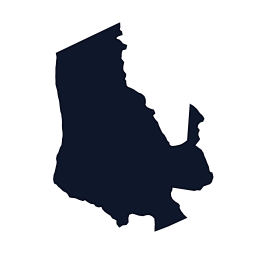 the district of Aguiar, Paraíba, Brazil, rotated 264°
{"feature_id": "56859067B16388053496765", "entity_name": "Aguiar", "entity_type": "district", "adm_level": 2, "iso_a3": "BRA", "parent_name": "Brazil", "parent_adm1": "Paraíba", "projection": "natural_earth1", "projection_center": [-38.219, -7.086], "detail": "fine", "context": "isolated", "style": "filled", "palette": "ink", "viewbox_px": 256, "rotation_deg": 264, "n_neighbors": 0, "source": "geoboundaries", "source_scale": "gbopen_adm2", "svg_char_len": 2419}
<svg xmlns="http://www.w3.org/2000/svg" viewBox="0 0 256 256"><g transform="rotate(264 128 128)"><path d="M209.7,64.8L205.7,65.1L203.3,64.5L200.6,64.0L198.3,63.6L195.5,62.9L192.8,62.6L190.0,62.3L186.5,61.8L182.8,61.6L179.0,61.2L175.4,61.7L172.6,62.2L168.2,62.3L165.9,62.5L162.5,63.0L160.0,63.1L155.6,63.1L151.8,63.2L148.8,63.8L145.6,63.8L143.0,63.9L139.8,63.6L136.8,63.2L133.3,63.1L131.2,63.2L128.6,63.1L126.0,62.7L123.6,61.9L120.4,61.4L117.6,60.7L115.5,59.1L113.3,58.1L110.5,56.8L107.9,54.9L104.8,54.0L101.5,54.3L98.8,53.6L96.2,52.7L93.2,51.7L91.2,51.0L89.0,49.9L86.6,49.3L84.4,48.9L81.1,49.3L79.7,51.5L77.5,52.9L75.6,54.8L72.6,57.3L70.8,60.1L69.1,61.5L65.6,63.1L64.8,66.6L64.2,69.0L62.4,72.0L60.8,75.6L61.6,77.9L59.3,80.3L57.1,83.4L56.3,86.7L54.0,88.1L52.9,90.4L53.0,93.9L50.1,94.7L47.6,96.6L45.3,99.1L43.2,101.9L40.3,103.4L39.1,105.6L37.5,107.6L33.8,107.3L30.8,109.2L32.4,112.2L32.5,116.1L34.4,118.0L38.5,118.2L42.1,119.5L43.2,123.2L41.9,126.6L40.4,129.9L39.5,133.6L40.2,137.6L39.9,140.4L38.2,143.3L35.4,145.5L29.1,145.3L26.6,144.8L23.1,144.4L26.6,157.5L32.9,176.4L35.5,174.0L38.1,172.4L40.3,171.2L43.0,170.2L45.6,170.7L47.4,169.5L49.1,167.1L52.3,164.2L55.5,163.1L58.9,163.1L62.1,164.9L65.0,165.4L59.2,187.5L59.7,189.9L59.1,193.1L60.7,194.8L62.6,196.4L63.7,200.8L64.3,203.4L65.8,205.1L70.3,207.1L74.3,206.6L75.5,204.2L78.1,203.8L81.1,203.6L84.9,202.4L87.4,201.8L89.7,201.1L92.0,200.3L95.0,199.8L98.4,198.1L99.9,196.3L102.2,193.9L103.9,192.1L106.8,195.2L109.5,197.7L113.2,196.5L116.0,196.8L118.3,198.3L121.4,196.5L124.4,197.6L126.5,199.9L127.2,203.0L129.5,204.2L132.4,202.7L134.8,200.5L139.1,198.1L142.4,195.2L144.5,192.5L109.2,186.2L107.5,183.5L105.9,180.3L105.2,177.8L104.7,173.6L104.7,169.6L106.4,167.1L109.1,166.8L110.9,165.2L113.9,164.3L117.0,162.9L119.2,161.1L122.7,159.8L125.0,159.0L127.4,158.2L130.3,157.7L133.3,155.5L136.2,154.0L138.3,153.5L139.9,155.9L143.0,155.1L144.2,152.0L146.4,148.5L149.2,146.9L151.5,147.7L154.4,147.9L157.7,147.0L160.1,144.6L161.5,141.8L163.1,139.8L165.1,137.5L167.1,134.3L168.3,131.8L170.3,130.4L172.7,130.3L175.1,130.4L176.9,129.1L179.6,130.7L181.8,131.1L184.6,129.2L186.7,128.7L189.8,129.0L193.8,130.3L197.5,127.9L200.3,128.5L203.1,128.8L206.5,130.2L207.1,133.9L210.2,135.0L212.1,131.2L214.7,129.6L216.3,128.1L217.3,125.4L219.5,125.3L221.0,128.0L221.7,131.6L224.3,131.4L226.4,129.3L229.3,130.2L232.9,130.4L209.7,64.8Z" fill="#0f172a" stroke="#020617" stroke-width="1.5"/></g></svg>